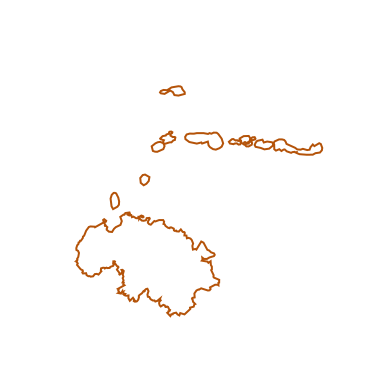 Ba, Western, Fiji, rotated 61°
{"feature_id": "14151628B98370545668292", "entity_name": "Ba", "entity_type": "district", "adm_level": 2, "iso_a3": "FJI", "parent_name": "Fiji", "parent_adm1": "Western", "projection": "robinson", "projection_center": [177.639, -17.315], "detail": "fine", "context": "isolated", "style": "outline", "palette": "amber", "viewbox_px": 384, "rotation_deg": 61, "n_neighbors": 0, "source": "geoboundaries", "source_scale": "gbopen_adm2", "svg_char_len": 6111}
<svg xmlns="http://www.w3.org/2000/svg" viewBox="0 0 384 384"><g transform="rotate(61 192 192)"><path d="M282.0,210.8L277.5,214.3L276.6,214.4L275.2,213.4L269.6,213.1L269.3,212.1L266.8,210.8L265.0,210.9L261.6,209.3L261.9,212.0L260.4,212.2L256.8,216.7L256.2,215.5L254.4,214.8L256.3,214.0L257.8,211.4L257.7,208.5L258.7,203.9L258.0,202.6L256.4,202.5L254.0,204.6L251.6,205.3L250.0,206.6L241.9,206.5L239.8,207.9L244.5,216.1L243.4,216.7L242.8,219.1L239.3,217.8L237.6,216.0L233.9,215.5L232.0,215.9L230.4,217.3L230.0,218.9L227.4,218.0L226.3,219.7L224.2,218.1L223.4,218.1L222.4,219.5L219.3,219.9L220.2,222.7L218.8,224.7L218.1,224.6L217.6,226.0L216.8,226.4L215.2,225.7L212.9,227.3L212.4,228.3L212.8,229.1L211.7,230.3L208.9,231.6L206.9,231.6L206.1,232.4L204.5,230.8L202.6,230.8L200.6,234.4L200.0,238.3L199.1,239.0L200.6,243.9L199.3,245.1L197.5,245.5L196.1,244.4L194.9,241.9L194.0,241.8L192.9,244.3L194.4,246.0L193.7,248.3L192.6,249.8L189.8,250.7L189.5,250.3L189.8,251.0L188.9,250.4L188.8,251.9L187.8,253.6L185.1,255.2L184.9,256.7L182.8,256.3L182.2,258.1L181.4,258.8L180.7,259.2L180.7,256.8L179.6,256.6L178.1,260.5L179.1,262.1L178.6,262.7L179.0,266.8L183.4,267.5L186.1,270.5L185.8,275.7L186.4,278.1L188.2,281.3L186.4,283.9L183.3,285.0L183.0,285.5L183.2,284.7L181.7,283.1L179.9,283.7L179.2,285.2L179.1,283.7L175.8,283.9L175.8,293.9L175.2,293.9L172.9,297.5L172.6,299.2L174.5,303.3L177.9,307.5L178.2,309.0L179.4,309.9L180.8,312.9L180.4,313.6L181.4,314.9L181.2,315.7L182.6,316.8L182.9,318.2L185.0,320.4L186.7,321.2L188.2,320.2L190.5,320.4L193.7,323.0L194.8,324.9L195.8,325.2L196.1,326.2L196.3,325.7L197.3,326.9L199.0,326.5L200.0,327.9L205.7,326.8L207.4,325.6L208.4,325.8L209.2,327.0L210.4,326.9L211.7,324.0L213.6,324.5L215.4,323.5L216.0,322.2L216.9,321.7L217.8,319.4L216.7,316.8L217.5,314.9L218.9,313.8L217.4,309.7L216.7,309.9L214.7,308.6L215.1,306.5L216.1,305.1L216.6,305.2L216.7,303.5L217.5,302.9L218.5,300.8L217.9,299.7L218.4,296.7L217.6,295.6L216.6,295.8L214.5,294.4L215.2,293.1L215.0,292.4L216.5,294.6L217.4,293.9L220.6,293.5L221.5,292.7L222.1,292.8L223.5,295.3L227.6,294.7L228.8,295.5L229.2,295.3L229.0,293.5L228.1,291.6L226.0,291.4L226.4,290.5L228.0,290.0L230.7,292.6L232.8,293.0L233.7,294.4L236.1,294.7L237.5,296.6L238.2,295.7L239.5,296.9L240.8,296.3L240.8,303.9L241.9,303.5L242.6,304.4L244.5,304.1L244.6,305.5L246.4,303.4L245.1,301.1L245.8,301.4L245.9,300.7L246.2,301.3L246.7,300.8L247.6,301.3L248.4,300.3L248.5,301.2L249.3,300.6L249.6,301.0L250.8,299.9L251.7,297.7L254.0,299.1L257.0,299.1L255.9,294.9L257.8,294.7L259.2,295.8L260.1,295.2L259.8,294.4L260.7,294.1L260.9,293.1L260.1,291.2L258.3,289.4L257.2,289.0L256.7,288.1L256.3,284.8L255.2,282.5L255.8,282.1L255.7,281.3L255.0,280.9L254.6,279.2L255.0,277.9L257.6,278.1L260.1,280.7L262.2,281.4L263.1,280.2L265.7,280.2L268.0,278.8L268.7,277.4L270.0,277.2L270.4,275.2L269.7,271.5L270.2,272.1L271.6,271.9L272.2,273.9L273.6,274.8L275.5,275.2L277.0,274.8L276.8,271.8L278.0,270.8L279.7,270.9L280.1,270.3L280.0,269.4L280.9,268.7L283.7,268.9L284.5,268.4L285.1,269.1L284.9,270.5L285.6,270.9L285.7,272.2L290.0,271.1L288.9,269.3L289.6,268.2L289.0,267.3L289.8,264.4L292.1,264.0L293.8,262.9L292.2,261.0L295.4,257.9L293.5,250.3L292.2,249.8L293.1,246.1L291.4,244.4L291.5,243.5L288.5,244.3L286.3,243.6L285.4,243.8L284.8,243.0L285.5,240.8L281.9,239.1L280.3,235.8L280.4,233.6L280.8,233.3L280.7,230.7L285.9,225.8L286.5,224.3L285.9,222.8L284.2,222.5L284.3,216.7L285.5,214.6L286.4,214.1L284.3,213.0L284.4,212.2L282.0,210.8ZM164.7,152.8L166.5,150.6L167.0,146.7L166.7,144.0L164.6,141.2L159.7,140.2L154.0,140.9L152.1,141.7L150.6,144.2L150.4,146.8L149.0,148.1L149.0,149.8L146.0,153.5L142.8,159.4L141.9,162.1L139.8,165.7L139.1,168.8L140.5,171.3L142.6,172.1L147.0,170.1L152.0,164.3L153.2,159.8L154.5,159.7L155.6,153.7L159.3,154.9L161.6,154.5L164.7,152.8ZM219.5,61.0L218.5,58.2L216.6,56.7L212.5,56.1L211.0,57.1L211.2,62.7L209.0,63.3L210.3,66.7L212.0,68.6L211.2,70.9L208.0,74.1L207.6,76.5L205.8,79.3L203.3,80.4L195.8,86.0L193.0,85.7L191.1,86.2L189.7,87.7L188.2,90.3L187.8,95.3L188.7,96.8L190.3,97.1L194.5,99.3L196.5,98.5L196.9,94.9L199.5,93.9L199.3,91.4L199.7,90.3L202.4,89.4L205.8,86.3L205.8,84.9L206.6,82.8L207.4,82.5L207.9,81.1L208.6,81.6L211.0,79.7L214.9,73.8L217.9,68.3L217.9,65.2L219.5,61.0ZM101.2,150.0L97.6,150.6L95.3,150.3L94.1,150.9L92.9,152.6L90.6,159.2L90.9,164.4L88.9,167.5L88.6,170.3L89.4,171.7L90.6,171.4L92.9,168.4L92.7,161.9L95.3,160.3L98.7,160.4L101.1,157.1L102.7,150.8L101.2,150.0ZM191.5,103.5L190.7,99.0L189.2,97.6L187.3,97.9L184.3,101.8L183.5,105.2L180.4,105.0L178.9,110.2L179.6,112.2L181.2,114.4L183.3,114.5L186.8,110.5L189.8,108.0L191.5,103.5ZM168.7,269.3L168.7,264.4L167.7,262.1L164.9,260.3L161.2,259.2L156.5,259.0L155.4,259.8L154.8,261.0L155.6,263.6L158.3,266.4L165.5,269.3L168.7,269.3ZM137.8,183.2L138.2,181.8L136.2,180.1L135.5,180.4L134.6,182.2L132.2,183.5L131.1,183.0L130.8,180.8L130.2,180.2L129.2,180.7L128.5,182.1L128.6,183.0L129.8,184.0L129.3,186.5L129.9,187.5L128.9,190.6L129.8,193.9L130.5,193.9L133.1,191.5L134.5,193.5L135.6,193.3L136.8,192.0L137.7,187.6L138.6,185.9L137.8,183.2ZM138.8,204.8L140.0,202.9L140.6,196.3L138.5,193.7L135.4,193.4L132.7,195.6L131.9,197.8L131.7,200.4L132.5,205.1L137.1,206.3L138.8,204.8ZM162.7,231.0L162.7,227.9L161.4,224.5L158.3,222.0L154.0,224.6L153.3,226.9L154.7,230.5L159.2,232.4L162.7,231.0ZM175.1,123.8L173.9,122.3L174.0,121.4L175.7,120.4L175.4,116.7L173.2,115.0L170.5,115.2L168.2,119.7L168.3,124.4L168.9,124.9L170.7,124.2L172.8,124.9L175.1,123.8ZM168.0,135.3L170.3,132.5L170.3,131.2L171.2,129.2L173.1,128.3L173.7,126.8L172.9,125.4L170.4,125.2L169.7,126.9L168.5,127.5L168.2,128.8L165.6,130.3L165.2,131.6L166.0,135.4L168.0,135.3ZM178.5,122.3L179.6,120.4L179.6,116.9L178.4,115.8L177.0,115.5L175.9,117.6L177.1,118.9L176.2,121.2L176.3,122.1L176.8,122.8L178.5,122.3ZM175.8,115.0L176.6,111.2L176.0,110.6L174.4,110.6L173.5,112.6L173.7,114.2L175.8,115.0ZM175.1,283.7L176.1,283.0L176.2,281.7L175.6,281.0L173.2,282.0L173.4,283.3L175.1,283.7ZM189.1,248.4L190.4,247.3L190.3,246.5L189.6,246.4L188.1,247.6L188.0,248.3L189.1,248.4ZM188.3,251.3L188.5,250.5L188.1,250.1L187.7,250.9L188.3,251.3Z" fill="none" stroke="#b45309" stroke-width="2"/></g></svg>